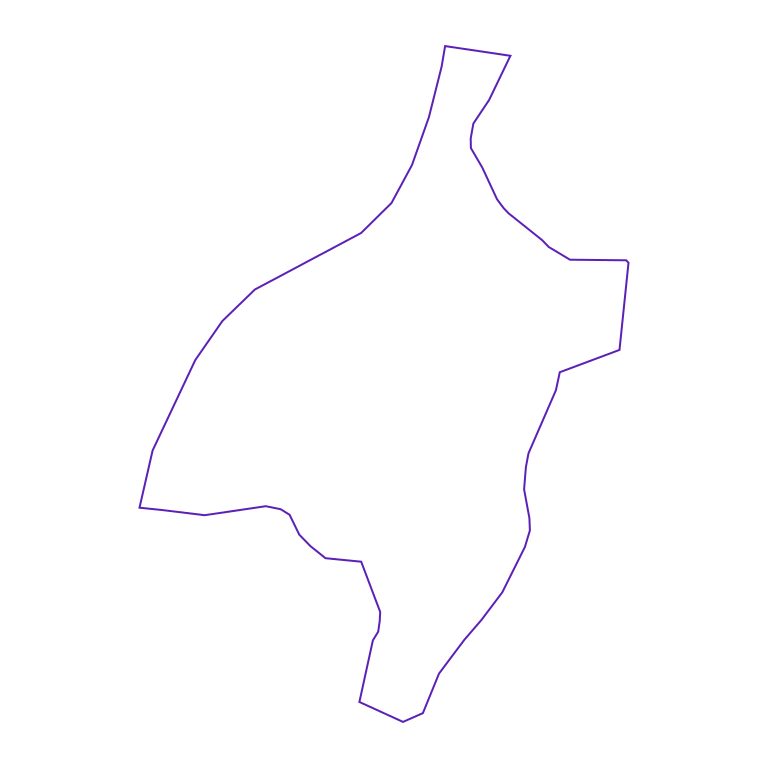 Pemagatsel, Equal Earth projection
{"feature_id": "BTN-2491", "entity_name": "Pemagatsel", "entity_type": "District", "adm_level": 1, "iso_a3": "BTN", "parent_name": "Bhutan", "parent_adm1": "", "projection": "equal_earth", "projection_center": [91.365, 27.001], "detail": "fine", "context": "isolated", "style": "outline", "palette": "violet", "viewbox_px": 768, "rotation_deg": 0, "n_neighbors": 0, "source": "natural_earth", "source_scale": "10m", "svg_char_len": 795}
<svg xmlns="http://www.w3.org/2000/svg" viewBox="0 0 768 768"><path d="M445.1,46.1L510.4,55.8L489.1,100.0L473.4,123.5L470.7,138.4L470.9,148.1L482.3,167.6L497.1,199.4L503.7,208.2L508.8,213.5L542.1,240.1L548.9,247.1L570.0,259.7L626.2,260.3L628.5,262.8L619.5,349.9L559.8,372.2L555.9,390.3L528.5,453.3L525.9,467.1L524.1,489.4L529.4,518.1L529.9,530.4L524.9,547.0L502.3,592.3L481.4,620.0L464.5,639.6L452.4,655.7L439.0,673.6L422.9,713.1L403.0,721.9L359.4,702.0L372.9,640.3L378.2,631.7L379.7,621.2L380.2,612.0L361.2,561.7L325.5,558.2L310.5,546.2L299.3,534.7L289.6,514.8L280.6,509.2L265.8,506.2L204.6,515.2L160.9,509.9L139.5,507.7L152.6,450.5L195.3,360.0L222.4,321.0L254.9,289.5L361.1,233.0L391.5,203.0L412.0,165.0L428.9,117.2L441.6,66.7L445.1,46.1Z" fill="none" stroke="#5b21b6" stroke-width="2"/></svg>